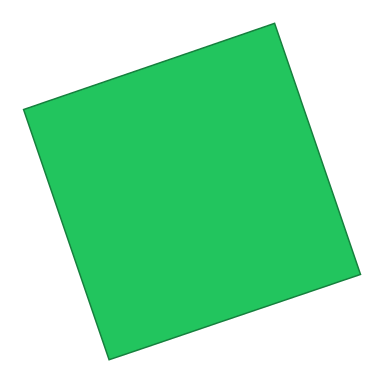 the district of Quemú Quemú, La Pampa, Argentina, rotated 251°
{"feature_id": "61730980B51204300351665", "entity_name": "Quemú Quemú", "entity_type": "district", "adm_level": 2, "iso_a3": "ARG", "parent_name": "Argentina", "parent_adm1": "La Pampa", "projection": "natural_earth1", "projection_center": [-63.682, -36.13], "detail": "fine", "context": "isolated", "style": "filled", "palette": "green", "viewbox_px": 384, "rotation_deg": 251, "n_neighbors": 0, "source": "geoboundaries", "source_scale": "gbopen_adm2", "svg_char_len": 523}
<svg xmlns="http://www.w3.org/2000/svg" viewBox="0 0 384 384"><g transform="rotate(251 192 192)"><path d="M59.4,271.6L59.4,274.3L59.3,295.9L59.3,303.1L59.2,324.5L62.3,324.5L137.6,324.7L153.5,324.7L165.2,324.7L217.1,324.8L243.0,324.8L247.8,324.9L266.1,324.9L323.5,325.0L323.9,325.0L324.6,325.0L324.6,304.8L324.6,230.5L324.7,160.1L324.8,84.8L324.8,64.3L324.8,59.6L324.2,59.6L275.2,59.5L112.6,59.1L60.4,59.0L60.2,93.5L59.9,173.7L59.5,254.5L59.4,271.6L59.4,271.6Z" fill="#22c55e" stroke="#15803d" stroke-width="1.5"/></g></svg>